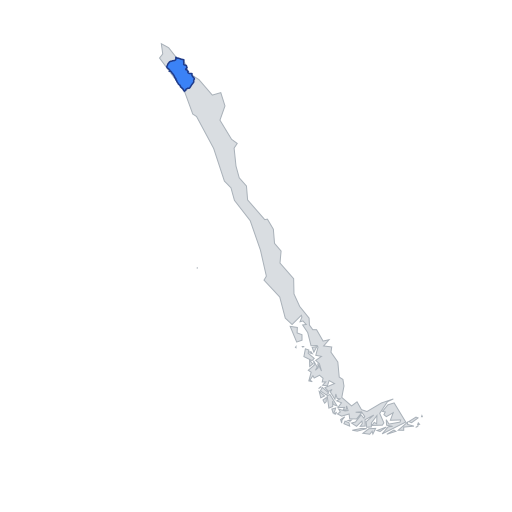 Tarapacá on a map of Chile (Equal Earth projection), rotated 328°
{"feature_id": "CHL-2693", "entity_name": "Tarapacá", "entity_type": "Region", "adm_level": 1, "iso_a3": "CHL", "parent_name": "Chile", "parent_adm1": "", "projection": "equal_earth", "projection_center": [-69.568, -20.2], "detail": "fine", "context": "in_parent", "style": "filled", "palette": "blue", "viewbox_px": 512, "rotation_deg": 328, "n_neighbors": 0, "source": "natural_earth", "source_scale": "10m", "svg_char_len": 6290}
<svg xmlns="http://www.w3.org/2000/svg" viewBox="0 0 512 512"><g transform="rotate(328 256 256)"><path d="M279.1,37.0L284.0,35.2L288.2,25.8L292.3,33.1L293.6,45.3L298.6,51.5L295.6,64.6L301.1,76.3L304.2,96.4L312.7,98.8L309.2,112.3L297.4,121.7L297.1,144.1L299.7,150.6L294.6,152.9L286.7,169.1L283.2,180.8L285.0,191.6L278.6,204.0L282.7,229.8L285.2,230.8L284.9,242.5L278.4,255.1L279.9,265.1L272.6,274.7L275.9,295.2L268.1,308.3L266.3,322.0L268.1,336.8L264.7,342.9L265.1,348.6L268.3,350.6L267.8,363.7L273.6,365.7L265.7,368.1L272.0,373.3L268.6,377.3L269.2,389.3L262.4,402.8L264.3,406.7L261.7,412.9L253.8,421.4L257.6,433.8L264.4,433.2L264.0,442.2L267.7,446.7L284.4,447.1L296.7,450.0L290.3,449.2L277.5,455.0L276.0,465.3L273.5,466.4L264.3,461.0L268.2,459.8L269.4,462.3L274.0,455.4L265.4,458.7L263.2,462.1L259.1,459.9L261.6,454.9L271.6,453.3L261.7,452.6L258.5,458.1L254.1,455.7L257.4,454.4L258.3,452.1L251.0,453.7L248.5,448.3L252.4,449.5L260.9,446.5L261.6,450.7L263.2,449.7L262.9,444.0L257.7,441.3L262.5,444.9L254.9,447.5L249.2,443.7L251.2,439.3L243.8,437.2L241.4,433.1L244.8,432.9L245.0,429.7L249.4,434.6L252.2,435.9L253.4,431.1L250.7,434.7L248.8,432.4L250.9,431.3L245.1,428.0L250.7,425.8L247.7,421.6L251.6,421.7L249.3,419.8L250.6,415.3L247.0,419.4L247.0,410.7L249.8,409.4L245.8,409.3L244.7,404.2L255.0,405.8L252.0,400.4L247.8,403.9L244.0,400.9L248.4,399.7L245.4,397.9L248.1,395.2L246.7,390.8L240.7,390.3L240.8,387.7L236.0,389.8L237.1,392.4L234.6,389.9L241.2,383.8L239.8,380.6L247.7,379.4L249.3,375.3L249.0,382.6L245.8,384.4L249.5,383.7L251.4,379.9L250.6,388.3L252.7,380.9L251.3,376.2L258.3,375.8L254.1,371.9L260.3,366.1L260.4,364.3L255.1,361.3L259.3,348.3L259.0,339.2L262.3,340.7L261.4,336.0L258.5,335.1L262.6,332.1L263.0,330.3L250.3,333.2L247.9,324.2L254.4,303.4L250.0,280.7L254.1,278.6L262.9,253.3L269.8,223.0L267.2,197.4L270.9,184.9L268.9,175.7L277.1,142.3L279.5,106.2L277.6,102.1L282.5,78.9L279.1,37.0ZM295.3,453.8L295.0,476.2L268.7,473.7L277.6,470.9L281.6,472.9L277.1,468.7L279.7,463.8L279.7,469.0L290.1,473.2L291.8,471.7L282.9,466.5L289.3,461.6L281.4,461.3L280.4,458.3L283.0,456.8L280.9,454.8L288.9,452.1L295.3,453.8ZM250.4,351.8L244.9,350.5L247.7,333.8L253.2,338.5L250.1,343.0L253.3,347.1L250.4,351.8ZM245.3,412.6L245.3,426.0L242.8,422.9L244.0,419.7L241.3,424.3L237.2,423.6L242.3,412.2L245.3,412.6ZM284.3,479.1L296.6,477.2L295.3,479.2L299.8,484.0L290.6,479.4L288.9,482.1L284.3,479.1ZM251.0,363.8L248.7,366.1L251.1,373.7L248.1,374.4L243.3,366.7L248.7,360.9L251.0,363.8ZM260.2,462.3L266.1,465.6L260.8,468.9L261.6,466.2L258.0,467.4L252.7,463.0L260.2,462.3ZM266.1,468.1L275.9,470.1L268.3,470.6L266.1,468.1ZM307.6,479.2L299.6,479.8L297.8,477.4L306.3,477.4L307.6,479.2ZM245.1,410.7L242.0,411.0L239.1,404.5L242.6,402.6L245.1,410.7ZM240.0,411.0L235.8,410.6L237.8,404.4L240.0,411.0ZM259.5,365.1L254.1,368.2L255.2,363.3L259.5,365.1ZM244.0,443.2L246.5,446.7L245.3,449.9L241.7,444.8L244.0,443.2ZM245.3,454.8L254.1,458.1L258.4,461.0L249.1,458.2L245.3,454.8ZM247.0,377.6L243.0,378.2L246.2,372.7L247.0,377.6ZM272.5,476.5L280.7,476.7L281.7,478.8L272.5,476.5ZM240.6,413.3L238.3,416.8L236.2,417.2L236.5,413.6L240.6,413.3ZM243.0,427.1L239.9,429.9L238.3,429.6L239.2,426.0L243.0,427.1ZM246.1,439.4L242.0,440.7L240.1,443.1L241.1,439.5L246.1,439.4ZM239.7,432.3L238.5,431.0L241.1,431.3L239.7,432.3ZM252.0,368.7L250.4,366.8L250.7,365.7L251.9,366.3L252.0,368.7ZM249.8,445.7L248.1,446.0L246.9,444.2L249.8,445.7ZM241.8,401.5L238.8,401.6L241.7,401.2L241.8,401.5ZM305.2,483.5L305.5,485.4L303.7,484.7L305.2,483.5ZM247.3,357.3L248.9,358.4L247.3,357.9L247.3,357.3ZM304.0,485.9L301.5,486.2L301.3,486.0L304.0,485.9ZM312.1,479.3L311.9,480.4L311.2,480.0L312.1,479.3ZM200.3,234.4L199.4,235.6L200.3,234.4ZM241.9,354.0L241.3,355.0L241.0,354.4L241.9,354.0Z" fill="#d9dde1" stroke="#a8b0b8" stroke-width="1"/><path d="M293.3,45.1L293.5,45.2L293.6,45.4L293.8,45.8L294.0,46.5L294.3,46.8L294.8,47.0L295.1,47.3L296.0,48.3L296.2,48.6L296.6,49.4L296.9,49.6L297.2,49.8L298.3,50.8L298.5,51.0L298.6,51.3L298.7,51.6L298.2,51.9L298.1,52.1L297.9,52.4L297.4,53.3L296.9,54.3L296.7,54.6L296.3,55.0L296.2,55.3L296.2,55.5L296.7,56.2L297.0,56.6L297.2,56.8L297.5,56.9L297.6,57.0L297.7,57.3L297.7,57.7L297.7,57.9L297.8,57.9L297.8,58.0L297.7,58.2L297.5,58.8L297.5,59.1L297.4,59.6L297.3,59.8L297.2,59.8L296.7,59.8L295.4,60.3L295.3,60.5L295.3,60.8L295.6,61.0L295.9,61.1L296.0,61.2L295.9,61.6L295.9,62.1L296.0,62.6L296.4,63.5L295.8,63.7L295.6,63.9L295.5,64.3L295.5,64.7L295.7,65.1L295.9,65.5L296.1,65.7L296.3,66.0L297.3,66.6L297.8,67.0L298.1,67.1L298.3,67.4L298.3,67.6L297.7,68.4L297.5,68.6L297.4,69.0L297.4,70.7L297.6,71.2L297.8,71.4L297.7,72.7L297.6,73.2L297.5,73.3L296.6,73.7L296.5,73.8L296.3,74.0L296.1,74.2L295.6,75.2L295.4,75.4L295.2,75.6L292.0,76.8L289.8,77.9L288.8,78.3L288.2,78.3L287.3,77.8L287.2,77.6L286.1,77.6L285.9,77.5L285.7,77.5L285.2,77.5L284.5,77.8L284.2,78.3L283.8,78.3L283.5,78.3L282.8,78.3L282.7,78.3L282.8,78.1L282.7,77.9L282.5,77.5L282.4,77.2L282.4,76.9L282.5,76.8L282.5,76.7L282.7,76.4L282.6,76.1L282.6,75.9L282.5,75.7L282.5,75.4L282.5,75.2L282.4,75.1L282.4,74.9L282.2,74.7L282.2,74.2L282.1,73.9L282.1,73.5L282.0,73.4L281.7,72.9L281.6,72.6L281.7,72.3L281.7,72.2L281.9,71.9L282.0,71.7L281.9,71.2L282.0,71.0L281.9,70.8L281.9,70.6L281.7,70.3L281.5,70.1L281.4,69.9L281.2,69.9L281.4,69.8L281.5,69.6L281.3,69.2L281.3,68.9L281.4,68.7L281.4,68.1L281.4,67.7L281.3,66.3L281.3,66.1L281.4,65.9L281.6,65.6L281.6,65.4L281.7,65.0L281.6,64.7L281.5,64.1L281.4,64.0L281.5,63.8L281.7,63.6L281.9,63.5L281.9,63.1L282.0,63.0L282.0,62.6L281.7,62.0L281.7,61.9L281.7,61.7L281.8,61.6L281.9,61.4L281.8,61.1L281.8,60.9L281.9,60.7L282.1,60.3L282.1,60.0L282.0,59.8L282.0,59.6L282.1,59.2L282.1,58.8L282.0,58.4L282.0,58.0L281.9,57.6L282.0,57.2L281.7,56.7L281.7,56.3L281.8,55.6L281.8,55.4L281.6,54.6L281.6,54.3L281.5,54.2L281.2,54.0L281.0,53.8L280.9,53.7L281.2,53.7L281.3,53.4L281.3,53.1L281.3,52.9L281.3,52.3L281.2,51.9L281.1,51.6L281.1,51.2L280.9,50.7L280.7,50.2L280.6,49.9L280.5,49.7L280.5,49.4L280.5,48.7L280.7,48.1L281.2,47.8L281.6,47.5L282.2,47.2L282.7,46.7L283.2,46.4L283.7,46.2L284.3,46.1L284.8,45.8L285.4,45.6L286.2,45.6L286.7,45.6L287.0,45.8L287.4,46.0L287.7,46.1L288.7,46.2L289.3,46.5L289.8,46.7L290.3,47.0L290.8,47.0L291.3,47.1L291.9,47.0L292.5,46.4L292.7,46.0L293.0,45.6L293.3,45.1L293.3,45.1Z" fill="#3b82f6" stroke="#1e3a8a" stroke-width="1.5"/></g></svg>